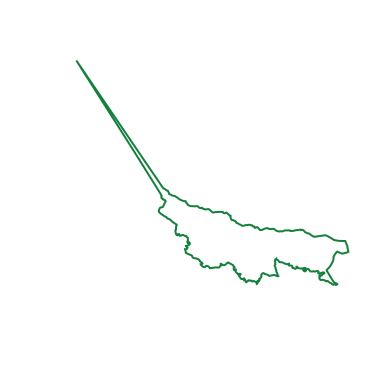 Ndia, Central, Kenya (orthographic projection), rotated 307°
{"feature_id": "3690345B479778676508", "entity_name": "Ndia", "entity_type": "district", "adm_level": 2, "iso_a3": "KEN", "parent_name": "Kenya", "parent_adm1": "Central", "projection": "orthographic", "projection_center": [37.226, -0.467], "detail": "fine", "context": "isolated", "style": "outline", "palette": "green", "viewbox_px": 384, "rotation_deg": 307, "n_neighbors": 0, "source": "geoboundaries", "source_scale": "gbopen_adm2", "svg_char_len": 6165}
<svg xmlns="http://www.w3.org/2000/svg" viewBox="0 0 384 384"><g transform="rotate(307 192 192)"><path d="M238.4,352.9L238.8,352.3L242.5,348.2L245.1,343.9L241.6,339.1L239.9,335.9L239.1,334.0L238.9,331.0L238.4,326.9L238.0,325.3L237.5,324.3L229.7,316.5L229.7,316.1L229.5,315.6L229.6,315.1L229.2,313.2L229.4,311.3L229.2,310.3L228.4,308.7L228.3,308.0L228.0,306.1L228.4,304.9L228.4,304.3L228.5,303.7L228.0,302.6L227.5,302.2L227.4,301.8L227.0,301.4L227.0,300.9L225.5,299.7L224.2,298.1L221.8,296.2L221.3,295.5L220.1,294.2L220.2,293.2L219.1,291.7L217.7,290.1L217.2,289.2L216.4,288.7L215.3,288.2L214.7,287.6L214.1,286.6L213.2,285.7L212.9,285.3L212.3,284.2L211.7,282.2L211.9,280.1L211.8,279.6L211.1,278.5L210.2,277.6L208.8,275.7L208.6,274.2L208.3,273.6L206.3,272.0L203.6,270.6L202.9,269.7L202.6,269.1L203.3,265.6L202.8,265.1L202.6,264.5L201.7,264.3L201.2,263.8L201.4,263.3L201.8,262.7L201.8,262.2L201.1,261.2L201.5,259.8L200.8,258.8L200.4,257.5L199.0,256.2L198.0,255.0L195.4,252.8L195.2,252.4L195.1,250.8L194.7,249.2L194.5,247.1L194.2,246.5L194.1,246.0L194.8,244.8L194.8,244.3L194.2,241.9L193.6,240.3L194.0,239.2L195.4,237.6L195.9,237.4L196.3,237.0L195.8,236.1L196.1,234.8L196.3,232.4L196.2,231.9L195.8,231.5L194.9,231.1L194.4,230.6L194.2,229.9L194.5,228.9L194.5,228.4L194.0,227.9L192.9,226.1L192.1,225.3L191.5,224.4L191.0,224.0L190.3,223.0L188.6,221.6L188.1,220.8L188.1,219.6L188.3,219.1L188.2,218.0L188.5,217.1L188.4,215.8L188.2,215.3L186.5,213.7L185.7,212.0L185.4,211.7L185.5,211.2L185.2,210.2L185.4,209.6L184.7,209.0L184.0,207.8L183.8,207.1L184.0,205.5L183.8,204.6L181.6,202.0L180.8,200.6L179.9,199.4L179.3,197.0L179.2,196.2L179.9,194.9L180.0,193.6L180.8,192.3L179.7,190.8L179.1,188.8L178.6,185.9L178.7,184.1L178.5,181.0L178.2,180.1L177.2,178.1L177.1,177.5L177.1,176.6L176.7,174.9L177.0,174.6L178.4,172.2L178.4,171.7L178.0,170.7L178.0,168.2L177.7,167.1L177.9,166.1L227.4,20.5L189.8,120.7L171.9,167.3L170.7,170.1L169.7,170.3L169.5,170.7L168.8,171.3L168.7,171.8L169.0,172.6L168.7,173.1L168.8,173.6L169.1,174.4L168.9,174.8L169.2,175.3L168.8,176.5L162.5,177.7L162.0,177.5L160.9,176.3L159.6,176.0L158.3,176.3L156.8,177.0L156.0,178.0L156.1,178.9L155.9,179.9L155.9,181.0L156.1,184.3L156.5,187.0L156.1,188.3L156.2,188.7L156.8,190.5L156.8,191.4L156.5,193.1L156.4,194.3L156.7,199.4L156.3,199.8L154.8,200.1L152.4,201.8L151.4,201.8L149.9,203.2L148.8,204.6L148.5,205.2L148.5,205.8L148.7,206.4L149.3,206.4L149.8,206.1L150.7,207.2L150.3,207.7L149.7,208.2L149.7,208.6L150.5,209.5L151.6,209.9L152.4,210.8L152.5,211.8L152.7,212.8L153.4,214.0L152.8,215.3L152.8,216.4L151.4,217.5L150.5,217.9L149.4,218.2L148.8,219.1L148.6,219.6L148.9,219.9L149.5,219.7L150.1,219.6L149.9,221.0L149.5,221.4L149.0,221.6L148.2,221.5L147.5,221.3L146.5,220.8L145.3,219.6L145.0,220.0L145.0,220.6L144.7,221.0L144.7,222.0L143.5,222.1L142.3,221.4L142.1,220.9L141.8,221.2L140.6,222.9L140.0,223.3L139.7,223.8L141.1,230.0L141.0,230.6L140.2,231.6L140.2,232.1L140.3,233.0L140.4,233.5L141.2,234.7L142.1,237.3L142.1,237.8L141.9,239.4L141.4,240.0L141.5,242.3L141.2,243.5L140.8,243.5L139.5,242.4L139.2,242.8L138.9,245.2L139.1,246.4L139.6,247.3L140.0,247.6L140.5,247.5L141.7,248.0L142.2,249.1L142.5,250.3L141.9,252.0L142.2,252.6L145.2,255.4L146.8,257.3L147.7,258.8L148.2,259.1L148.9,259.2L150.1,259.0L150.9,259.5L151.2,259.1L151.4,258.6L151.9,258.2L152.2,258.5L152.3,260.4L152.4,261.0L153.1,261.9L154.4,262.6L155.7,262.6L157.2,263.1L157.5,263.4L157.4,263.8L157.7,265.1L157.9,265.6L158.1,267.6L158.3,268.6L157.7,269.8L157.7,270.9L157.5,271.3L156.7,271.1L156.1,271.2L155.3,271.9L155.1,272.4L155.3,272.9L156.2,273.2L156.5,273.6L156.2,274.0L155.0,274.3L154.7,274.6L154.4,275.8L154.3,277.3L153.9,278.0L155.5,279.4L155.7,280.0L155.3,280.4L154.7,280.5L153.7,279.9L153.3,280.1L152.6,281.8L152.5,282.9L152.2,283.4L152.3,283.9L153.4,285.3L154.2,285.5L153.9,286.1L153.4,286.4L154.0,286.6L153.9,287.1L153.5,287.5L152.5,289.3L152.8,289.8L153.8,289.7L154.8,290.3L155.4,290.2L155.7,290.5L155.7,291.2L156.5,291.9L156.8,292.3L156.9,292.9L156.6,293.5L156.8,294.0L158.1,294.7L158.7,298.3L158.0,298.6L157.6,299.0L158.0,299.2L158.5,299.1L158.9,298.7L159.3,299.0L159.8,299.0L160.1,298.6L160.1,297.9L160.6,298.0L161.3,299.1L162.1,299.0L162.8,298.0L163.4,298.3L164.0,298.7L164.5,298.3L165.2,298.2L165.7,298.4L166.7,298.1L167.1,297.5L167.7,297.1L168.4,297.1L169.6,297.4L170.2,297.8L170.4,298.4L170.2,299.0L170.9,300.7L171.2,301.9L171.5,303.2L171.4,304.2L172.6,305.1L173.9,306.4L174.8,307.1L175.6,308.6L176.2,311.0L176.4,311.3L176.9,311.5L177.3,310.3L178.9,307.9L179.1,307.4L179.4,306.9L180.3,306.4L181.0,305.1L182.5,303.4L182.8,302.6L183.1,302.2L184.6,302.0L185.0,301.4L186.0,300.9L186.5,299.9L186.9,299.5L188.3,299.2L188.8,299.1L189.5,299.4L188.8,300.0L189.2,300.9L189.3,302.1L188.8,303.0L188.8,304.4L190.2,306.4L190.4,308.5L190.9,309.6L191.3,311.0L192.0,311.8L192.6,312.1L193.0,312.6L192.1,313.0L191.7,313.4L191.7,313.9L192.7,315.0L193.2,316.1L193.2,316.7L192.3,317.2L192.0,317.6L192.0,318.2L192.7,319.4L192.7,320.5L193.0,320.9L193.9,321.3L194.5,321.3L195.0,321.0L195.3,320.5L195.6,320.8L195.5,321.8L195.2,322.1L195.1,322.7L195.6,323.6L196.9,325.8L199.2,327.6L199.5,328.2L198.2,328.8L197.9,328.5L197.5,327.8L196.9,327.5L196.5,327.9L196.4,328.4L196.3,329.3L196.5,329.8L196.8,330.2L197.4,330.3L199.2,330.0L199.8,330.3L200.2,330.7L200.5,331.6L200.4,332.4L200.0,333.7L199.9,334.3L200.2,334.9L200.7,335.8L201.7,336.5L202.1,337.0L202.2,337.7L202.5,338.2L204.2,339.4L204.6,339.8L204.7,340.3L204.5,341.0L203.2,341.5L203.1,342.0L203.4,342.5L205.0,343.9L206.5,344.8L207.1,345.7L207.1,346.2L206.8,346.6L206.2,346.4L205.3,345.9L204.7,345.7L203.6,345.9L203.1,345.5L202.6,344.4L201.9,344.1L201.6,344.4L201.5,344.8L201.3,345.2L200.3,345.1L199.7,345.6L199.3,346.7L199.1,347.6L199.3,348.0L200.3,348.9L200.6,349.3L201.3,351.0L201.4,352.7L201.8,353.4L202.4,353.5L202.6,353.9L202.5,356.8L202.9,357.9L202.7,359.0L202.7,360.0L202.9,360.6L204.2,361.2L204.4,363.0L205.7,363.5L206.0,362.6L205.9,362.2L205.5,361.2L205.3,359.4L210.2,347.1L210.6,346.5L214.5,347.0L217.3,346.9L222.1,346.1L223.8,345.2L225.1,344.2L226.4,343.9L227.5,343.7L231.3,343.6L231.7,343.9L231.8,344.3L233.0,348.7L233.8,349.6L237.3,352.5L238.4,352.9Z" fill="none" stroke="#15803d" stroke-width="2"/></g></svg>